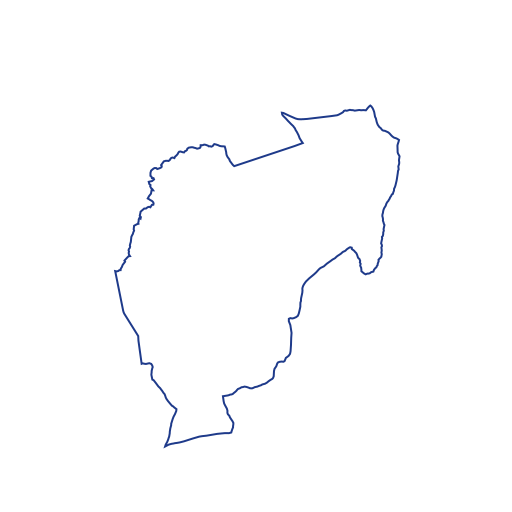 the district of Teso South, Western, Kenya, rotated 325°
{"feature_id": "3690345B15305563297607", "entity_name": "Teso South", "entity_type": "district", "adm_level": 2, "iso_a3": "KEN", "parent_name": "Kenya", "parent_adm1": "Western", "projection": "albers", "projection_center": [34.227, 0.538], "detail": "fine", "context": "isolated", "style": "outline", "palette": "blue", "viewbox_px": 512, "rotation_deg": 325, "n_neighbors": 0, "source": "geoboundaries", "source_scale": "gbopen_adm2", "svg_char_len": 6143}
<svg xmlns="http://www.w3.org/2000/svg" viewBox="0 0 512 512"><g transform="rotate(325 256 256)"><path d="M233.6,349.0L238.0,343.1L241.0,339.4L244.5,332.3L245.5,328.2L246.9,326.3L248.5,326.6L249.9,328.0L251.4,328.6L253.8,329.1L256.0,329.0L258.0,327.7L260.4,325.6L263.2,323.0L264.4,321.3L265.7,319.6L267.1,318.6L267.9,317.4L268.8,316.4L272.8,312.7L274.3,310.9L275.2,309.4L276.1,308.5L277.5,307.5L279.1,306.7L281.2,305.9L282.5,305.5L286.9,304.8L293.1,304.3L296.0,303.9L299.9,303.0L301.9,302.8L305.7,303.4L308.0,303.1L309.9,302.9L312.4,302.9L314.1,302.9L316.7,302.8L318.2,303.0L319.6,303.1L321.4,302.8L322.9,302.7L325.5,302.8L327.1,302.8L329.1,302.5L330.3,302.6L331.4,302.9L332.7,302.9L334.1,302.6L335.3,302.6L336.7,302.6L338.1,302.8L339.2,304.1L338.5,305.3L339.4,308.0L339.5,309.4L339.8,311.1L339.6,312.6L338.6,316.0L339.0,317.9L338.5,319.8L337.4,320.8L337.2,322.5L336.0,323.4L335.6,324.5L335.5,325.7L334.6,327.4L333.6,329.0L334.5,332.3L335.3,333.9L337.1,334.3L338.1,335.0L339.3,335.4L341.1,335.3L343.2,336.1L344.7,335.0L346.6,334.4L348.1,334.3L349.1,333.6L350.4,333.2L351.2,332.2L353.6,330.5L354.1,329.4L355.5,329.0L357.1,328.8L358.2,328.5L360.1,326.6L360.7,325.1L362.0,323.8L362.8,322.5L363.6,320.9L364.9,320.1L365.5,318.9L365.7,317.5L366.7,316.5L368.0,315.3L369.4,314.0L370.1,312.6L371.4,312.3L372.7,311.1L373.8,309.6L375.2,308.6L375.9,307.2L378.0,305.2L379.0,304.3L379.2,303.0L379.8,301.4L380.2,299.9L381.2,298.6L381.9,297.1L382.4,295.7L383.5,294.4L384.7,293.5L385.6,292.5L386.7,291.5L388.3,290.4L391.1,289.2L392.8,287.9L394.5,287.1L396.2,286.7L397.2,286.1L398.4,285.7L399.3,285.0L401.0,284.4L402.6,283.5L403.8,283.6L404.8,282.7L406.5,281.6L407.7,280.1L409.2,279.3L410.8,278.1L414.4,274.9L415.7,273.6L417.3,271.9L419.7,269.4L421.1,267.8L422.5,266.9L424.0,264.2L425.1,263.4L426.2,262.5L427.2,261.2L427.8,259.9L428.7,258.8L429.8,257.7L430.8,256.6L431.1,253.5L431.6,252.1L432.5,250.8L434.2,248.2L435.1,246.8L435.9,246.0L438.4,244.1L439.7,243.0L439.0,241.2L438.2,239.8L437.0,238.3L436.3,236.4L436.0,234.9L435.7,232.3L435.3,230.7L434.4,229.1L433.3,227.3L432.1,226.2L431.6,225.0L431.5,222.7L431.0,221.2L431.0,218.4L431.3,217.0L431.8,215.3L433.1,212.1L433.4,210.2L435.4,205.8L435.9,204.0L436.3,201.9L436.3,199.6L435.9,198.3L434.5,198.4L432.6,198.8L430.7,199.4L429.6,199.7L427.7,198.1L425.7,196.9L424.3,195.6L420.3,193.6L419.1,192.2L417.7,191.1L416.7,190.1L413.7,189.1L412.6,188.0L411.3,187.6L409.8,188.1L407.9,188.0L404.6,187.6L403.1,187.2L397.8,184.5L376.6,173.1L372.8,170.8L370.7,169.4L368.8,167.9L367.3,166.1L363.8,160.4L360.5,154.6L359.4,153.5L358.6,155.2L358.6,156.7L359.3,160.4L359.7,163.8L359.9,164.9L360.4,168.0L361.0,170.9L361.0,172.4L361.1,173.8L360.7,175.5L360.6,178.0L360.1,181.5L359.3,184.6L359.1,188.3L359.1,190.3L350.8,188.1L289.7,169.9L289.3,168.2L289.2,166.4L289.2,165.1L289.1,163.9L289.2,162.7L289.6,161.6L289.5,158.6L289.8,156.6L290.4,155.1L291.1,153.9L292.6,150.2L293.2,148.4L292.0,147.3L290.6,146.3L289.3,144.9L288.6,143.6L287.1,141.6L286.0,140.4L284.7,140.7L283.5,141.1L282.1,140.8L281.3,139.7L280.2,139.1L279.9,138.0L278.4,135.9L277.4,135.0L275.8,134.6L274.2,133.5L273.2,134.8L272.0,135.3L270.7,134.9L269.3,134.3L268.4,132.9L267.4,131.8L266.6,130.7L265.4,129.8L263.1,128.7L261.3,128.7L260.4,129.5L259.2,129.7L257.9,129.4L256.5,129.9L255.6,129.1L254.1,127.1L252.8,126.5L251.7,126.8L250.2,127.6L248.5,128.0L246.7,128.2L245.3,129.0L244.3,127.6L243.0,127.1L241.8,127.3L240.5,127.9L238.9,128.0L237.8,127.0L236.8,126.3L234.8,125.6L230.4,127.1L230.4,128.3L229.4,129.1L227.8,128.9L226.2,128.5L225.0,128.1L224.8,126.9L223.6,125.9L222.3,125.6L219.1,125.9L217.3,127.3L215.5,129.8L215.9,131.0L215.4,132.5L216.7,133.4L216.4,134.8L213.8,135.0L212.2,134.3L210.7,133.7L209.9,135.8L210.3,137.4L209.3,138.2L209.0,140.1L209.4,141.7L209.4,143.2L208.1,142.3L205.7,144.7L202.7,145.6L200.3,146.8L201.0,148.2L201.5,149.6L202.1,150.7L202.5,151.8L202.6,153.2L202.2,154.3L201.3,155.1L200.1,154.4L198.6,155.0L197.4,155.5L196.7,154.4L195.2,153.9L193.1,154.0L191.7,153.0L186.9,153.5L185.9,154.5L183.9,156.3L184.0,158.1L182.8,159.2L182.3,158.0L181.0,158.7L179.8,160.2L178.7,161.1L178.2,162.2L176.9,161.7L173.5,161.3L171.1,164.0L170.7,165.3L169.1,166.2L167.8,167.3L166.5,167.9L164.9,168.8L161.5,172.7L160.3,173.6L158.7,175.0L158.3,176.1L157.2,177.0L155.9,177.4L154.9,178.2L154.5,179.6L153.4,180.5L152.8,182.0L152.7,183.8L151.5,183.1L149.7,183.4L145.6,184.3L145.5,185.6L141.7,186.8L139.6,188.2L138.0,188.8L137.0,189.9L136.0,189.2L134.6,189.3L133.0,188.7L132.0,187.6L115.9,224.4L115.3,226.1L115.0,227.6L113.6,254.0L111.1,258.0L100.5,278.7L101.7,279.0L102.5,280.0L103.9,281.3L107.1,282.6L108.3,284.3L108.2,286.1L107.7,287.7L106.5,288.6L104.6,290.3L103.8,291.4L102.2,293.2L100.2,297.8L100.9,299.0L101.0,300.7L101.1,302.7L101.2,306.8L101.7,309.3L101.7,311.0L101.8,312.7L101.7,315.1L101.9,316.8L101.6,317.9L101.3,319.0L100.9,320.2L100.7,321.6L100.7,324.3L101.0,327.9L101.1,329.0L101.3,330.6L101.9,331.7L102.1,332.9L103.0,335.8L101.8,337.2L99.0,339.0L96.4,340.3L94.3,341.7L90.3,344.8L89.4,346.0L87.0,348.0L84.6,350.5L83.6,351.8L81.2,354.2L80.0,355.0L78.9,355.9L76.6,357.4L73.9,358.7L72.3,359.9L76.1,360.4L77.7,360.9L79.3,361.5L80.7,362.2L82.2,362.8L84.3,363.9L86.7,365.0L90.7,366.5L99.7,369.3L105.9,371.4L108.4,372.6L112.4,374.8L122.1,379.4L126.2,381.7L129.0,383.3L132.2,385.6L134.5,386.4L135.7,385.4L137.2,384.3L138.9,383.2L139.7,382.1L140.6,381.2L141.7,379.8L142.0,377.8L142.0,376.6L142.1,373.2L142.5,371.6L142.2,369.5L142.6,368.1L143.9,366.3L144.6,364.3L145.0,360.7L145.3,358.6L146.2,356.4L148.5,351.9L152.6,353.9L153.8,354.4L155.3,354.7L156.6,355.4L157.8,355.7L159.1,355.5L161.0,355.4L162.5,355.2L163.8,354.8L165.0,354.6L167.0,355.1L168.8,355.2L170.2,355.9L171.7,356.4L173.1,357.8L174.3,359.4L175.3,361.0L177.0,362.2L178.2,362.5L179.7,362.7L182.3,363.8L183.5,364.0L186.2,364.8L187.4,364.8L190.1,365.8L192.3,366.0L194.4,365.8L196.8,365.8L198.9,366.0L200.0,365.7L201.5,364.7L204.8,360.5L206.5,359.0L208.5,358.3L209.8,357.7L210.8,356.9L211.8,356.2L213.0,355.8L214.6,356.2L216.5,357.2L217.7,358.3L219.0,358.5L220.7,357.5L222.0,356.6L223.4,356.6L225.5,356.5L227.7,355.7L228.6,354.9L229.8,353.7L233.6,349.0Z" fill="none" stroke="#1e3a8a" stroke-width="2"/></g></svg>